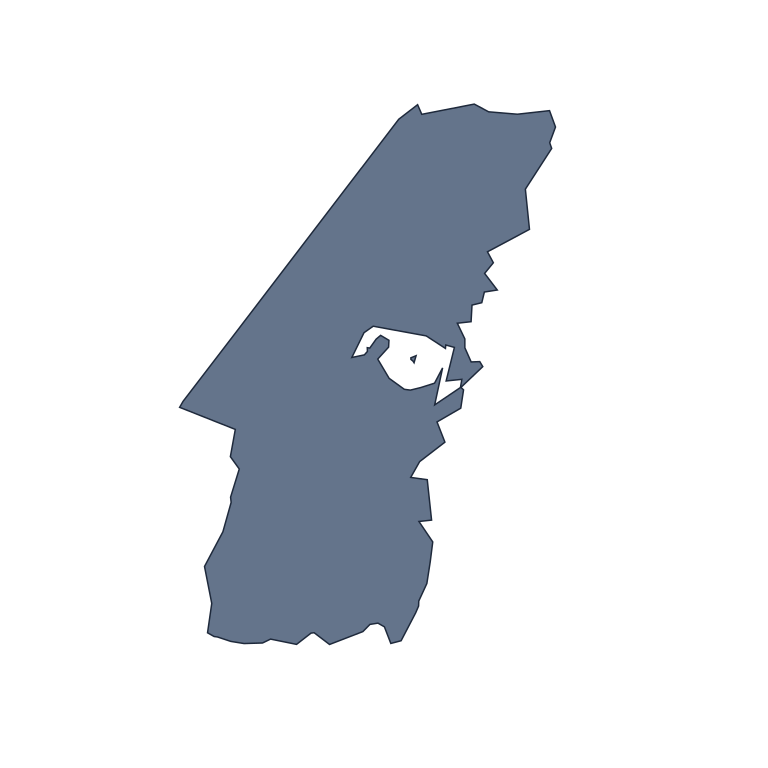 Prince William, Virginia, United States of America (Robinson projection), rotated 66°
{"feature_id": "52423323B11755625114877", "entity_name": "Prince William", "entity_type": "district", "adm_level": 2, "iso_a3": "USA", "parent_name": "United States of America", "parent_adm1": "Virginia", "projection": "robinson", "projection_center": [-77.449, 38.722], "detail": "fine", "context": "isolated", "style": "filled", "palette": "slate", "viewbox_px": 768, "rotation_deg": 66, "n_neighbors": 0, "source": "geoboundaries", "source_scale": "gbopen_adm2", "svg_char_len": 1480}
<svg xmlns="http://www.w3.org/2000/svg" viewBox="0 0 768 768"><g transform="rotate(66 384 384)"><path d="M322.2,580.2L365.0,538.3L387.9,553.9L402.8,550.8L425.0,570.2L430.0,571.8L453.5,591.3L477.7,622.2L514.4,630.6L539.5,646.4L545.6,641.9L547.3,639.1L556.8,628.7L564.2,617.4L566.6,611.5L571.2,600.3L570.9,591.4L586.3,569.8L581.9,552.0L582.8,549.0L599.8,539.7L601.6,504.0L597.9,494.6L600.0,486.8L606.0,482.4L623.8,483.3L625.5,472.8L605.9,448.1L600.9,442.7L596.4,440.5L583.7,426.0L565.1,414.0L548.1,403.7L523.8,408.0L527.7,395.9L489.0,383.4L480.2,397.6L469.4,383.0L461.9,352.0L440.2,351.0L437.3,323.7L421.7,313.7L418.4,315.1L408.3,286.7L402.5,287.4L399.3,295.4L383.8,295.4L375.7,291.8L358.3,292.3L362.5,279.1L347.7,271.5L349.5,261.6L340.8,254.9L344.2,242.3L323.9,247.1L317.7,234.8L305.3,235.7L301.9,188.2L263.5,175.6L237.0,135.0L231.0,134.5L219.0,122.8L201.6,121.6L191.8,152.4L177.9,177.7L165.0,187.7L153.0,239.8L142.5,239.7L148.1,262.8L177.4,316.4L177.5,316.7L187.2,334.5L230.8,414.4L275.2,495.7L318.1,574.6L322.2,580.2ZM393.1,323.9L403.8,337.5L402.2,351.8L400.3,362.4L397.1,367.6L380.9,377.0L358.7,379.6L352.2,364.8L346.1,361.7L338.2,367.3L339.8,372.9L345.4,382.4L344.0,384.5L347.5,385.9L349.4,390.1L346.7,402.6L329.0,381.4L326.8,370.4L357.2,325.9L376.5,313.4L373.5,311.7L379.2,304.8L406.5,326.0L411.4,311.0L418.3,315.6L423.7,346.2L393.1,323.9ZM371.0,348.8L372.5,349.4L374.9,348.2L376.8,347.9L371.2,343.2L371.0,348.8Z" fill="#64748b" stroke="#1e293b" stroke-width="1.5"/></g></svg>